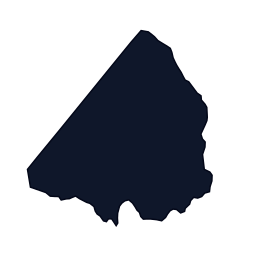 Pariconha, Alagoas, Brazil, rotated 100°
{"feature_id": "56859067B9061057080980", "entity_name": "Pariconha", "entity_type": "district", "adm_level": 2, "iso_a3": "BRA", "parent_name": "Brazil", "parent_adm1": "Alagoas", "projection": "albers", "projection_center": [-38.028, -9.246], "detail": "fine", "context": "isolated", "style": "filled", "palette": "ink", "viewbox_px": 256, "rotation_deg": 100, "n_neighbors": 0, "source": "geoboundaries", "source_scale": "gbopen_adm2", "svg_char_len": 1298}
<svg xmlns="http://www.w3.org/2000/svg" viewBox="0 0 256 256"><g transform="rotate(100 128 128)"><path d="M29.8,132.0L42.8,139.8L60.7,149.8L142.1,195.1L171.9,211.9L186.2,219.8L203.2,213.8L205.8,197.7L208.6,192.8L208.1,188.1L207.5,184.3L210.5,181.3L208.5,176.5L207.8,173.5L206.1,171.0L204.1,167.8L206.0,163.5L207.5,158.7L208.4,155.8L208.8,152.5L211.3,147.8L215.5,145.8L218.1,143.4L219.5,140.2L221.5,138.2L223.7,136.0L224.0,133.0L220.9,131.5L220.3,128.3L222.9,125.8L226.2,122.7L223.4,121.6L218.5,122.8L213.6,123.4L209.9,123.1L206.4,122.8L203.0,121.0L200.3,118.5L198.6,114.8L201.1,110.5L204.4,107.3L207.4,104.8L209.1,102.1L213.0,100.0L215.1,97.1L214.4,94.1L213.7,90.1L213.3,83.9L213.5,78.7L209.6,75.5L205.8,74.1L202.2,72.2L200.0,69.5L199.8,66.0L202.5,61.4L200.3,57.8L197.2,57.7L194.6,55.8L192.3,54.1L188.6,53.7L184.9,51.3L184.9,47.2L182.7,43.5L178.8,41.2L176.6,36.7L171.6,37.0L165.6,36.2L159.9,37.0L157.2,39.7L155.5,45.7L141.1,50.0L133.4,48.9L128.4,49.6L125.9,52.8L121.3,55.2L111.4,52.6L107.0,51.6L103.7,51.8L94.0,54.0L91.2,56.3L87.7,60.6L83.6,61.7L81.6,66.0L71.9,76.3L70.9,80.0L67.8,82.5L63.9,85.4L61.0,88.1L57.8,90.9L54.9,93.1L51.0,95.8L45.8,98.0L42.2,100.2L40.6,103.8L39.0,108.0L36.7,113.8L33.6,117.7L31.9,120.7L29.8,124.7L29.8,132.0Z" fill="#0f172a" stroke="#020617" stroke-width="1.5"/></g></svg>